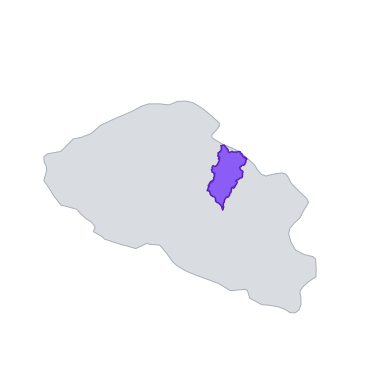 Chhoekhor, Bumthang, Bhutan shown in context, rotated 26°
{"feature_id": "84629894B98599067496491", "entity_name": "Chhoekhor", "entity_type": "district", "adm_level": 2, "iso_a3": "BTN", "parent_name": "Bhutan", "parent_adm1": "Bumthang", "projection": "mercator", "projection_center": [90.666, 27.781], "detail": "fine", "context": "in_parent", "style": "filled", "palette": "violet", "viewbox_px": 384, "rotation_deg": 26, "n_neighbors": 0, "source": "geoboundaries", "source_scale": "gbopen_adm2", "svg_char_len": 6851}
<svg xmlns="http://www.w3.org/2000/svg" viewBox="0 0 384 384"><g transform="rotate(26 192 192)"><path d="M300.5,166.9L300.0,169.1L297.5,175.2L295.8,181.8L297.2,187.2L302.8,193.6L310.4,198.7L320.0,199.1L328.9,197.1L332.4,197.9L337.2,206.5L340.6,213.9L336.0,221.5L333.5,228.2L332.5,233.0L333.1,235.0L336.0,238.9L339.3,245.4L339.8,251.4L337.7,255.4L333.1,257.4L328.2,256.8L324.2,256.9L319.2,257.6L311.3,259.8L304.0,262.7L290.4,262.1L284.9,256.2L282.3,256.2L269.8,263.9L256.2,262.5L231.5,265.1L221.2,265.7L210.6,264.8L205.2,263.2L195.3,257.8L186.2,253.9L177.0,257.5L173.8,258.1L166.4,267.4L150.4,270.4L134.5,272.7L129.8,271.4L120.8,270.9L120.5,268.7L120.7,266.6L118.7,265.0L115.0,263.2L108.8,262.5L100.7,260.2L96.1,258.0L79.8,261.2L70.2,256.4L59.4,249.7L53.9,246.8L51.9,236.4L50.0,233.0L45.7,229.5L43.4,225.4L45.3,221.1L56.1,213.2L56.9,211.4L61.9,196.5L68.8,191.1L75.7,183.7L80.8,171.7L90.8,159.5L101.8,146.9L109.3,136.7L114.3,131.9L124.6,126.8L133.2,123.8L139.2,116.9L146.4,113.1L153.8,111.3L164.7,112.3L175.1,114.7L186.4,118.1L187.7,120.9L186.8,125.8L185.1,130.7L185.1,133.2L186.8,134.6L197.9,135.6L211.5,134.8L219.1,135.5L236.0,140.0L241.0,143.3L246.2,145.7L251.3,145.3L257.7,140.0L264.4,135.5L268.6,134.8L271.6,136.3L277.0,140.5L288.2,144.5L298.2,147.6L301.4,150.4L300.3,162.7L300.5,166.9Z" fill="#d9dde1" stroke="#a8b0b8" stroke-width="1"/><path d="M197.8,137.6L198.0,137.7L198.3,138.0L198.5,138.3L198.5,138.7L198.9,139.3L199.2,139.8L199.4,140.1L199.6,140.3L199.6,140.9L199.8,141.8L199.9,142.1L199.4,143.4L199.1,143.6L199.1,143.9L199.3,144.2L199.1,144.3L199.0,144.5L198.3,145.4L198.5,145.7L199.1,146.3L199.1,146.6L199.0,147.0L199.2,147.4L199.2,147.9L199.4,148.1L199.5,148.4L200.0,148.5L200.5,148.5L200.8,148.7L201.1,148.7L201.4,148.6L201.7,148.9L201.8,149.6L201.2,150.0L201.2,150.7L201.3,150.8L202.1,150.9L202.4,151.1L202.7,151.4L202.8,151.8L202.8,152.8L202.7,154.3L202.8,155.3L202.8,155.7L202.9,156.2L202.9,156.4L202.5,156.7L202.4,157.2L202.3,157.8L202.1,158.3L201.5,158.9L200.9,159.1L200.5,159.2L199.5,159.1L199.3,159.3L199.3,159.5L199.2,159.6L199.3,159.9L199.2,160.3L199.2,160.7L199.3,160.9L199.3,161.0L199.3,161.3L199.9,161.7L200.1,162.0L200.2,162.4L200.1,162.8L199.7,163.3L200.2,163.9L200.4,164.0L200.6,164.2L201.0,164.7L201.3,165.1L201.5,165.3L201.7,165.2L202.1,165.0L202.5,165.0L203.3,165.2L203.9,165.1L204.4,165.5L204.1,165.8L203.9,166.1L204.1,166.2L204.4,166.5L204.6,166.9L204.8,167.1L205.1,167.6L205.0,167.8L205.0,168.0L205.4,168.4L205.4,168.7L205.6,169.0L205.4,169.3L205.2,169.4L205.2,169.6L205.2,169.8L205.4,170.0L205.7,170.3L205.9,171.0L206.0,171.1L205.8,171.4L205.8,171.9L205.9,172.3L205.6,172.3L205.2,172.9L205.3,173.3L205.6,173.5L205.5,174.3L205.2,174.4L204.9,174.3L204.8,174.2L204.5,174.2L204.4,174.5L204.2,174.6L204.1,175.2L204.3,175.4L204.3,175.5L204.1,175.7L204.0,175.9L204.2,176.2L204.3,176.3L204.2,176.4L204.2,176.8L203.9,177.1L203.9,177.4L204.2,177.9L204.0,178.5L203.7,178.9L203.8,179.2L204.0,179.3L204.6,179.2L205.0,179.3L204.7,180.0L204.7,180.5L204.9,180.7L204.8,180.9L204.7,181.1L204.7,181.3L204.8,181.4L204.9,181.7L205.0,181.9L204.9,182.7L204.9,182.9L205.1,183.3L205.1,183.5L205.1,183.9L205.5,183.7L206.0,184.0L206.3,183.9L206.5,183.9L206.8,183.6L207.0,183.6L207.4,183.5L207.5,183.6L207.8,183.9L208.1,184.3L208.1,184.5L208.3,184.8L208.6,185.0L208.8,185.2L209.1,185.6L209.3,185.6L209.5,185.8L209.5,186.0L209.8,186.1L209.9,186.3L210.1,186.5L211.2,186.6L211.4,186.5L211.8,186.6L211.9,186.8L212.1,186.9L212.4,186.9L213.0,186.8L213.6,186.7L214.0,186.7L214.2,186.8L214.7,186.9L215.1,187.0L215.7,187.2L216.0,187.6L216.1,188.0L216.3,188.2L216.5,188.8L216.7,189.1L217.3,189.5L217.5,189.8L217.5,190.0L219.0,190.4L220.1,190.3L221.0,190.3L222.2,190.8L222.8,190.9L223.1,191.0L223.3,191.1L223.7,191.4L224.0,191.5L224.4,191.8L224.8,191.9L225.0,192.1L225.5,192.7L225.9,192.8L226.0,193.2L226.5,193.5L226.6,194.0L227.2,194.5L227.4,194.6L227.5,194.2L227.5,193.9L227.5,193.5L227.2,192.9L227.0,192.6L227.0,192.2L226.8,191.7L227.0,191.4L226.1,190.9L225.9,190.4L225.8,189.7L225.7,189.5L225.6,189.3L225.3,188.5L225.1,188.2L225.2,187.5L225.4,187.2L225.4,186.8L225.4,186.7L224.9,185.5L224.8,185.3L224.8,184.9L224.7,184.7L224.7,184.4L224.8,184.1L224.9,183.7L224.8,183.2L225.2,182.0L225.1,181.6L225.2,181.3L225.3,181.1L225.9,181.1L226.2,181.2L226.4,181.0L226.9,180.2L227.0,179.8L227.0,179.5L226.9,179.3L226.9,179.1L227.2,178.7L227.2,178.4L227.2,178.2L227.0,177.8L226.9,177.5L226.7,177.4L226.7,176.2L226.8,176.1L227.2,175.5L227.2,175.3L226.9,174.7L226.9,174.4L227.0,174.0L227.0,173.8L226.9,173.6L226.6,173.4L226.5,173.2L226.2,172.9L226.3,172.6L226.2,172.0L226.3,171.8L225.9,171.4L225.7,171.1L226.0,170.2L226.6,170.1L227.7,170.4L227.8,170.3L227.8,170.1L227.8,169.9L227.8,169.5L227.9,169.3L228.0,169.3L228.1,169.0L228.2,168.8L228.1,168.7L227.6,168.5L227.6,168.3L227.8,168.2L228.0,168.0L228.0,167.8L228.3,167.5L228.3,167.2L228.1,166.7L228.1,166.4L228.4,166.0L228.4,165.6L228.4,164.8L228.5,164.1L228.3,163.2L228.0,163.0L226.6,163.0L226.7,162.4L227.1,161.4L227.6,160.9L228.0,160.8L228.3,160.3L228.8,158.9L228.8,158.7L229.3,158.2L230.1,157.7L230.1,157.4L230.2,157.2L230.6,156.9L230.6,156.6L230.6,155.8L230.1,155.1L229.8,154.1L229.3,153.5L229.2,153.0L229.0,152.5L228.9,152.3L229.0,152.1L229.1,151.9L229.1,151.7L228.6,151.4L228.3,151.0L228.1,150.9L227.8,151.0L227.1,150.8L226.3,150.8L225.9,150.8L225.5,150.6L225.0,149.9L224.3,149.3L224.1,149.0L224.0,148.8L224.1,148.6L224.9,147.7L225.0,147.5L225.1,147.3L225.1,147.1L224.8,146.8L224.8,146.7L225.3,146.0L225.5,145.7L225.8,145.6L226.3,145.4L226.8,145.3L226.9,145.2L227.1,144.5L227.3,144.2L227.3,143.7L227.1,143.2L226.9,142.9L226.9,142.6L227.1,142.4L227.2,142.0L227.3,141.5L227.3,141.4L227.2,141.2L226.7,140.9L226.6,140.7L226.5,140.4L226.5,140.2L226.6,139.9L226.6,139.7L226.6,139.1L226.8,138.8L226.9,138.7L226.8,138.3L225.7,137.8L225.6,138.0L225.4,138.3L224.9,138.4L224.7,138.3L224.4,138.1L224.3,137.9L224.3,137.7L224.1,137.5L223.9,137.8L223.7,137.9L223.6,138.0L223.4,137.9L223.1,137.6L222.8,137.5L222.2,137.6L221.9,137.4L221.7,137.4L221.2,137.1L221.1,136.8L220.3,136.4L220.0,136.1L220.0,135.8L219.9,135.7L219.2,135.7L218.9,135.7L218.5,135.7L218.1,135.6L217.7,135.1L217.7,134.8L217.1,134.8L216.7,134.9L216.3,135.1L215.8,135.4L215.4,135.8L215.2,135.9L215.1,136.1L214.8,136.6L214.6,136.7L214.3,136.7L213.9,136.8L213.5,137.0L213.3,137.1L212.8,137.4L212.1,137.9L211.7,137.9L211.3,138.2L211.2,138.2L210.9,138.0L210.5,138.0L210.4,137.9L210.2,137.9L210.1,138.0L209.9,138.3L209.6,138.6L208.8,139.7L208.5,139.9L208.0,140.2L207.9,140.1L207.5,140.0L207.3,139.9L206.8,139.4L206.5,139.3L206.2,138.6L205.8,138.3L205.1,137.8L204.2,137.4L203.1,137.1L202.7,137.0L202.5,136.7L202.3,136.5L202.0,136.4L201.8,136.4L201.3,136.2L201.2,136.2L200.8,136.0L200.5,135.8L200.2,135.9L200.0,136.0L199.3,136.3L199.0,136.5L198.8,136.9L198.4,137.4L198.1,137.5L197.9,137.5L197.8,137.6Z" fill="#8b5cf6" stroke="#5b21b6" stroke-width="1.5"/></g></svg>